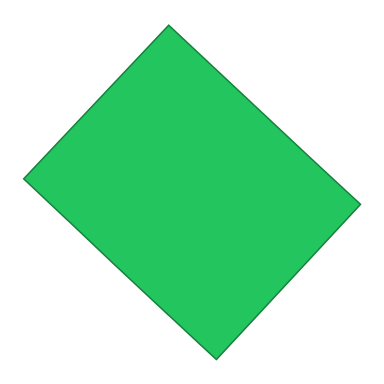 the district of Faribault, Minnesota, United States of America, rotated 43°
{"feature_id": "52423323B73939682946429", "entity_name": "Faribault", "entity_type": "district", "adm_level": 2, "iso_a3": "USA", "parent_name": "United States of America", "parent_adm1": "Minnesota", "projection": "albers", "projection_center": [-93.868, 43.674], "detail": "fine", "context": "isolated", "style": "filled", "palette": "green", "viewbox_px": 384, "rotation_deg": 43, "n_neighbors": 0, "source": "geoboundaries", "source_scale": "gbopen_adm2", "svg_char_len": 425}
<svg xmlns="http://www.w3.org/2000/svg" viewBox="0 0 384 384"><g transform="rotate(43 192 192)"><path d="M324.1,297.9L323.7,86.1L271.3,86.3L245.5,86.3L244.4,86.3L242.8,86.3L241.8,86.3L61.2,85.9L59.9,297.2L120.7,297.5L121.5,297.4L127.6,297.5L128.2,297.5L182.1,298.0L259.2,298.1L259.9,298.0L271.2,298.0L294.3,298.0L297.6,298.0L299.3,298.0L301.7,298.0L324.1,297.9Z" fill="#22c55e" stroke="#15803d" stroke-width="1.5"/></g></svg>